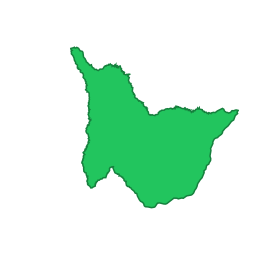 Caldono, Cauca, Colombia (Albers equal-area conic projection), rotated 30°
{"feature_id": "7082276B56423369756647", "entity_name": "Caldono", "entity_type": "district", "adm_level": 2, "iso_a3": "COL", "parent_name": "Colombia", "parent_adm1": "Cauca", "projection": "albers", "projection_center": [-76.491, 2.811], "detail": "fine", "context": "isolated", "style": "filled", "palette": "green", "viewbox_px": 256, "rotation_deg": 30, "n_neighbors": 0, "source": "geoboundaries", "source_scale": "gbopen_adm2", "svg_char_len": 5773}
<svg xmlns="http://www.w3.org/2000/svg" viewBox="0 0 256 256"><g transform="rotate(30 128 128)"><path d="M38.7,87.7L39.5,88.6L40.8,88.8L40.3,89.4L40.3,89.9L41.1,90.6L41.9,92.1L44.0,92.8L46.2,94.3L48.0,96.4L49.5,97.0L50.4,98.4L52.7,98.7L54.1,101.3L54.5,101.4L55.1,101.0L55.6,101.9L56.6,101.5L58.1,101.7L58.3,101.9L58.1,102.3L58.6,103.2L59.7,103.4L60.8,103.0L61.9,103.4L63.2,104.8L63.8,106.6L66.9,107.6L67.3,108.6L68.5,108.8L69.1,110.4L70.2,110.6L70.5,111.6L70.9,111.4L71.2,111.5L71.1,113.1L72.3,114.6L72.2,116.1L74.1,116.4L74.5,117.3L75.3,116.8L76.2,116.9L77.1,117.5L78.4,119.9L79.3,120.8L79.8,122.1L80.4,122.6L80.5,123.6L81.3,124.7L81.1,125.3L81.6,125.8L81.3,126.2L82.5,127.2L82.2,128.1L82.4,128.9L83.5,129.3L83.7,130.0L84.5,130.7L84.5,131.1L85.3,131.1L85.0,131.5L85.6,131.8L85.4,132.5L86.0,132.8L86.0,133.4L86.5,134.0L86.2,134.5L86.6,134.7L86.6,136.0L88.1,137.2L89.2,138.5L89.6,138.5L89.2,139.4L90.0,139.6L90.1,139.9L90.5,139.6L91.2,140.0L91.6,139.4L91.9,140.0L91.4,141.1L91.6,141.9L91.4,142.6L92.2,143.1L92.1,143.8L92.7,145.2L92.5,145.5L91.7,145.3L91.5,145.9L92.3,147.8L92.0,149.3L93.0,150.0L92.9,151.0L93.2,151.7L93.8,152.4L95.5,153.3L96.5,153.2L98.2,155.3L99.0,155.6L98.9,157.1L100.7,157.7L100.8,157.9L100.4,158.0L100.3,159.1L100.7,160.4L101.4,160.2L101.2,163.6L102.0,164.4L102.0,164.8L101.3,164.6L101.3,165.2L101.9,165.9L101.8,166.6L102.1,166.7L102.0,167.1L102.3,167.6L101.7,167.9L102.0,168.1L101.7,168.8L102.1,169.0L102.2,169.5L101.4,171.6L102.1,172.2L102.9,172.2L103.7,172.6L103.3,172.9L103.4,174.8L104.2,175.4L104.2,176.2L104.6,176.5L104.4,177.6L105.1,178.3L104.9,179.2L105.3,180.0L105.1,180.6L105.9,181.6L106.7,181.6L107.6,182.8L108.8,183.9L109.3,184.0L109.9,185.4L111.6,187.7L112.0,187.6L113.1,188.2L114.1,187.8L115.4,189.5L116.4,190.3L117.2,189.8L117.4,190.1L117.2,191.1L117.5,191.5L118.2,191.5L118.5,192.0L118.9,193.1L118.7,193.7L119.2,193.9L119.2,194.8L120.1,195.2L120.4,196.0L121.2,196.2L121.3,197.1L121.8,197.3L124.1,197.5L125.8,198.5L126.9,197.7L127.1,196.9L128.7,194.6L127.6,193.0L128.0,192.5L127.5,191.9L127.9,191.1L127.5,190.5L128.1,189.7L128.1,188.1L129.1,187.7L129.9,185.7L130.9,185.3L131.4,183.4L133.6,182.1L133.0,179.6L132.8,177.8L133.1,177.3L132.7,176.9L133.2,175.9L133.3,173.9L132.3,172.6L132.3,171.0L133.0,170.6L133.2,169.9L134.8,168.7L135.0,168.2L134.7,169.9L139.1,173.3L141.3,173.2L141.8,172.9L142.2,173.2L143.2,172.5L143.9,173.0L144.2,174.0L145.1,173.4L146.3,173.3L146.8,173.7L148.0,173.3L148.3,173.8L150.1,174.3L150.8,175.4L152.1,175.6L153.1,175.2L153.3,176.1L155.4,178.5L156.9,178.8L158.3,178.1L159.0,178.7L160.3,178.4L161.5,179.1L165.0,179.7L166.7,180.8L167.2,180.8L167.8,180.4L168.4,180.4L170.2,182.2L173.6,184.4L175.5,185.2L177.5,185.1L178.8,185.4L179.9,186.1L180.9,187.2L182.3,187.5L184.9,186.3L188.1,185.3L190.2,183.6L190.8,182.7L191.1,178.4L192.8,177.1L197.2,175.8L198.5,175.1L199.4,174.1L202.8,165.8L205.4,164.4L207.0,164.2L209.5,161.8L211.0,161.2L212.8,157.4L216.2,154.5L216.8,153.5L217.3,151.5L216.9,148.3L217.2,146.5L217.0,144.3L216.2,141.4L216.4,136.9L217.0,134.1L216.3,128.8L215.8,128.5L215.9,128.0L215.4,127.6L215.2,126.9L216.0,124.9L214.8,121.1L216.0,118.9L215.7,117.3L215.8,115.0L215.0,113.2L213.0,111.3L211.1,106.1L209.8,104.5L209.3,99.0L208.4,97.7L208.2,94.7L208.7,93.3L210.4,91.5L210.6,90.1L212.1,86.6L212.2,84.8L211.6,84.0L212.2,79.9L213.6,76.2L214.3,70.6L215.5,68.2L214.7,63.6L215.7,60.7L214.6,59.8L214.4,58.8L214.7,57.8L215.3,57.5L213.1,58.1L211.9,58.9L211.2,60.0L209.4,61.0L209.0,63.2L207.7,64.8L206.6,64.7L205.5,65.3L203.9,65.2L203.1,65.1L201.6,63.9L200.0,63.8L196.8,68.6L195.8,71.1L194.2,71.7L192.7,73.2L192.7,74.0L190.9,74.2L190.6,75.2L190.1,74.6L189.3,75.8L187.9,75.2L186.4,76.2L186.0,76.1L185.8,75.5L183.9,75.8L183.1,75.0L180.8,75.8L180.0,75.6L179.6,74.9L179.3,76.4L178.3,75.9L178.5,76.8L177.5,77.9L177.4,79.5L175.7,80.1L175.7,81.1L176.5,81.0L176.5,81.4L175.9,81.8L175.2,81.6L175.0,82.7L174.3,82.1L172.9,82.1L173.1,81.5L171.9,82.4L171.8,81.6L170.8,82.3L170.1,81.7L169.9,81.9L170.1,82.4L169.3,83.0L168.7,82.5L168.4,83.1L167.8,82.4L167.7,83.0L167.0,82.5L166.8,83.3L165.3,84.0L164.1,84.2L163.0,84.1L162.0,84.6L161.3,84.4L161.0,85.1L160.5,84.6L159.6,84.8L159.5,85.7L158.7,85.3L158.8,86.4L158.3,86.7L159.1,87.4L159.1,87.9L158.1,87.7L157.2,88.7L157.3,89.2L156.8,89.5L155.6,89.3L155.1,89.5L153.3,91.5L152.6,91.5L151.0,92.9L150.5,94.4L148.1,96.0L148.0,96.7L147.0,97.9L147.1,98.7L146.6,99.4L147.1,100.1L147.0,101.4L145.4,102.5L145.1,103.8L144.4,103.8L143.4,104.4L142.3,104.4L142.0,105.0L141.1,105.1L141.1,105.6L140.8,105.8L139.0,105.7L137.6,104.0L135.7,103.2L135.3,102.6L135.3,101.9L134.5,102.0L134.2,101.1L133.6,101.6L133.2,100.9L132.5,101.3L130.3,101.0L129.7,100.0L128.5,99.2L128.6,98.5L127.6,98.6L127.2,99.4L126.1,98.6L124.8,98.7L124.0,99.2L123.9,98.7L122.6,98.8L120.9,98.0L119.7,98.4L118.3,98.0L118.0,96.7L116.6,95.5L116.0,96.0L115.1,94.9L113.4,94.1L111.9,90.6L110.7,90.9L110.0,89.6L108.5,88.9L108.3,88.0L106.3,88.3L105.9,87.5L104.8,86.8L104.2,85.5L103.9,83.7L101.8,83.1L101.8,82.4L102.5,80.7L102.0,80.8L100.9,81.8L100.1,82.1L99.7,83.0L97.3,83.4L96.5,82.4L96.5,82.1L97.2,82.0L97.1,81.6L96.0,81.5L95.0,82.1L94.6,81.4L93.9,81.9L93.4,80.9L92.6,80.5L92.7,80.0L91.9,79.8L90.2,78.2L88.9,79.6L89.7,80.5L88.4,81.2L87.7,81.0L87.4,79.5L86.9,79.9L87.0,81.0L86.6,80.9L85.7,79.2L85.5,81.2L84.9,80.4L84.5,81.7L83.7,81.6L83.4,82.5L82.6,81.5L81.5,81.7L80.6,81.4L80.4,82.5L79.5,82.6L79.6,83.5L78.3,84.2L78.0,85.3L77.4,85.4L77.4,85.8L76.8,86.3L76.7,89.3L76.0,90.1L74.3,91.0L73.6,93.1L72.6,93.3L71.1,93.1L70.0,94.0L69.1,93.8L68.6,93.3L66.8,93.4L65.7,92.4L64.9,92.4L64.6,91.6L63.4,92.9L62.2,92.2L61.1,92.1L60.4,91.6L58.8,91.6L57.8,90.5L56.5,89.9L56.1,89.4L54.4,89.0L53.8,88.5L51.1,85.0L50.1,84.5L47.9,85.1L45.3,83.7L43.3,83.8L42.8,84.8L42.2,85.2L41.1,84.9L40.9,85.5L38.7,87.7Z" fill="#22c55e" stroke="#15803d" stroke-width="1.5"/></g></svg>